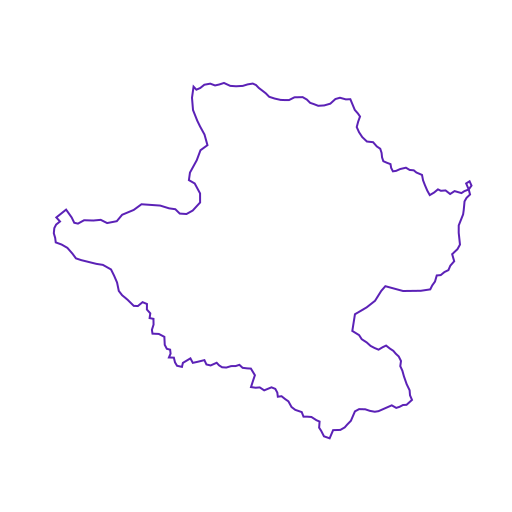 Gameleira de Goiás, Goiás, Brazil (Natural Earth projection), rotated 8°
{"feature_id": "56859067B59068053253538", "entity_name": "Gameleira de Goiás", "entity_type": "district", "adm_level": 2, "iso_a3": "BRA", "parent_name": "Brazil", "parent_adm1": "Goiás", "projection": "natural_earth1", "projection_center": [-48.667, -16.409], "detail": "fine", "context": "isolated", "style": "outline", "palette": "violet", "viewbox_px": 512, "rotation_deg": 8, "n_neighbors": 0, "source": "geoboundaries", "source_scale": "gbopen_adm2", "svg_char_len": 3204}
<svg xmlns="http://www.w3.org/2000/svg" viewBox="0 0 512 512"><g transform="rotate(8 256 256)"><path d="M170.6,97.0L170.6,108.2L173.3,120.2L179.0,130.2L182.5,135.4L188.1,142.9L192.5,153.0L186.3,159.0L184.0,169.4L179.0,182.6L179.0,190.2L185.2,192.7L191.9,201.8L193.2,210.8L187.0,219.8L181.3,224.1L174.6,224.6L169.6,220.9L163.3,220.9L154.1,219.4L135.4,220.7L128.5,227.4L117.7,233.8L113.3,240.9L104.0,244.1L97.2,241.8L90.0,243.5L80.8,244.5L75.2,248.7L71.4,248.4L68.1,243.5L61.5,236.5L52.9,245.6L57.1,249.1L53.7,252.7L52.4,256.4L52.6,261.6L54.6,266.0L55.8,270.4L61.9,271.7L68.1,274.2L74.1,279.4L78.0,283.4L83.4,284.4L99.0,286.0L105.6,286.1L114.3,289.5L118.2,295.2L122.1,301.6L125.0,309.7L128.9,313.5L134.9,317.2L141.9,322.4L146.0,322.0L150.1,317.5L154.7,318.7L155.4,324.2L159.3,327.5L159.3,332.3L163.2,332.5L164.1,338.2L163.2,343.6L164.3,347.3L170.6,346.7L176.5,348.8L178.0,356.7L180.6,360.3L184.0,360.7L185.0,364.6L183.9,368.6L188.8,368.1L190.6,372.6L193.1,375.7L198.1,376.1L198.5,372.0L205.3,366.5L208.3,370.6L212.9,368.9L219.4,366.3L222.0,370.3L226.3,370.7L231.9,367.2L234.6,369.4L237.9,370.9L242.1,370.6L246.7,368.5L251.2,367.8L254.7,366.1L258.3,368.6L263.0,368.5L266.6,368.2L271.5,374.2L270.4,380.1L269.3,386.5L274.0,386.5L278.0,385.6L282.8,387.9L289.6,383.9L293.6,384.9L296.1,388.3L297.2,392.3L300.8,391.3L304.9,393.7L308.3,395.4L312.2,400.6L316.3,402.9L323.0,404.2L325.4,408.5L328.8,408.0L333.3,407.7L338.7,410.2L342.0,411.1L342.4,417.2L344.9,420.1L348.4,425.1L354.3,426.3L356.6,417.7L363.7,416.5L367.7,413.4L369.8,410.2L372.9,406.0L375.6,396.1L379.4,393.3L385.5,392.6L390.3,393.5L395.3,393.7L398.9,392.6L411.2,385.0L416.0,386.9L419.1,385.4L422.3,383.1L425.8,382.4L430.5,376.8L427.9,372.5L426.8,367.6L423.0,361.9L419.2,354.5L416.9,349.2L414.2,345.0L414.2,339.8L411.3,335.6L408.0,333.3L405.2,330.8L401.4,329.0L397.3,326.6L394.1,328.7L390.4,331.7L386.2,330.6L382.0,329.1L377.7,326.2L372.3,323.7L369.1,320.0L361.8,316.8L362.1,299.9L372.7,291.5L380.1,283.8L384.9,273.1L388.3,267.9L406.5,270.2L424.1,267.5L433.2,264.8L434.6,260.6L436.8,256.4L437.7,250.1L441.6,249.2L444.8,245.7L448.5,243.2L449.8,238.5L453.0,233.6L450.0,226.9L454.6,221.1L456.4,216.3L453.5,204.8L452.5,197.5L455.3,186.0L455.3,181.6L455.1,176.8L454.9,172.9L456.4,169.1L459.4,165.3L457.4,160.5L453.3,162.8L450.7,165.1L443.6,164.1L439.6,167.6L434.6,164.7L430.0,165.7L426.9,164.7L423.5,168.4L419.6,171.5L416.5,167.4L413.4,162.3L410.9,157.8L409.1,152.6L403.2,151.0L400.3,149.2L396.2,149.4L392.2,147.7L386.7,149.8L382.9,152.2L379.8,153.1L377.6,150.0L376.4,146.3L372.8,145.5L368.9,144.4L367.1,140.8L366.0,136.4L364.1,132.5L360.4,130.7L356.1,127.0L349.9,127.2L344.7,123.5L340.8,119.1L337.8,114.3L338.5,108.6L339.6,103.4L337.1,100.7L333.5,97.6L329.9,91.5L327.6,87.6L323.2,88.4L317.1,87.6L312.8,89.5L308.4,94.8L302.6,97.4L296.7,98.6L292.0,97.5L288.3,96.8L284.6,94.0L280.1,92.2L272.0,93.5L267.0,97.0L262.6,97.6L258.7,98.0L252.6,97.5L246.9,96.5L243.0,93.5L239.5,91.5L235.4,89.2L232.2,86.7L228.8,85.7L223.9,87.2L219.2,89.4L212.6,90.7L206.8,91.1L200.2,89.1L195.7,91.3L191.7,92.8L186.7,91.7L181.0,93.6L177.4,97.4L173.8,99.6L170.6,97.0ZM457.4,160.5L459.6,156.3L457.1,152.3L454.0,154.9L457.4,160.5Z" fill="none" stroke="#5b21b6" stroke-width="2"/></g></svg>